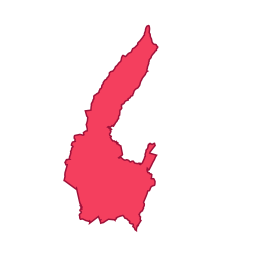 Soacha, Cundinamarca, Colombia (Natural Earth projection), rotated 202°
{"feature_id": "7082276B50901736205159", "entity_name": "Soacha", "entity_type": "district", "adm_level": 2, "iso_a3": "COL", "parent_name": "Colombia", "parent_adm1": "Cundinamarca", "projection": "natural_earth1", "projection_center": [-74.221, 4.507], "detail": "fine", "context": "isolated", "style": "filled", "palette": "rose", "viewbox_px": 256, "rotation_deg": 202, "n_neighbors": 0, "source": "geoboundaries", "source_scale": "gbopen_adm2", "svg_char_len": 5806}
<svg xmlns="http://www.w3.org/2000/svg" viewBox="0 0 256 256"><g transform="rotate(202 128 128)"><path d="M105.4,37.5L105.6,38.3L104.8,39.5L104.8,40.0L105.1,40.3L104.7,41.0L102.4,43.2L100.0,45.0L98.9,44.6L97.0,43.2L95.3,43.5L93.7,42.7L91.7,42.3L91.4,42.1L91.5,41.6L91.2,40.9L90.5,40.4L88.6,40.5L87.9,40.8L87.1,40.6L86.6,39.9L86.7,38.9L86.6,38.5L86.2,38.3L85.3,38.1L84.6,37.7L83.4,36.4L81.8,36.0L82.2,36.9L82.7,39.4L82.1,41.3L82.6,41.3L82.2,42.1L81.3,47.1L82.2,47.4L82.9,49.2L83.1,50.2L84.2,50.6L84.8,51.8L85.3,51.9L85.3,52.5L85.2,53.5L84.3,56.0L83.6,56.6L83.8,57.8L83.5,59.0L83.6,59.4L84.0,59.9L83.9,62.1L84.3,63.4L84.7,64.0L85.5,64.5L85.8,65.1L85.7,72.0L85.8,74.8L86.1,76.9L84.7,78.0L84.6,79.9L84.7,81.6L83.8,83.3L82.1,84.7L81.9,85.1L82.0,85.7L82.4,87.1L83.0,88.7L83.6,89.2L84.8,90.4L85.3,90.6L86.7,89.9L87.5,89.8L87.5,90.5L88.5,93.7L88.9,93.7L89.6,94.1L90.0,93.7L90.3,93.7L91.2,93.9L91.4,94.4L91.7,94.5L93.0,94.2L93.6,95.1L94.0,95.2L94.0,95.9L94.2,96.4L94.4,96.5L94.7,96.4L95.0,97.8L93.9,97.2L93.6,96.5L92.8,97.1L92.3,102.8L92.2,104.9L91.7,108.9L91.7,111.3L91.3,113.5L98.5,112.8L98.6,113.8L97.5,117.9L96.3,121.9L97.7,123.7L98.0,123.6L98.4,122.8L98.8,122.6L99.5,121.7L100.4,121.9L100.8,121.7L101.4,122.0L101.8,122.0L102.3,121.3L102.2,120.8L102.8,120.4L102.6,119.8L102.8,119.3L102.4,118.8L102.5,117.8L102.2,117.3L102.2,116.9L102.3,115.9L102.9,114.5L102.9,114.0L102.4,112.5L102.4,111.1L102.2,109.8L101.3,108.2L101.7,107.4L101.4,106.2L101.6,101.3L102.0,100.2L102.7,99.2L102.8,98.9L103.6,99.2L103.8,99.4L103.6,99.5L103.5,99.8L103.8,99.8L104.3,99.5L104.2,99.0L104.9,99.3L105.4,98.8L106.0,98.5L108.4,98.0L109.1,98.2L110.6,99.2L111.1,99.1L111.9,98.7L112.8,97.6L113.1,97.4L113.8,97.5L115.3,98.2L116.4,98.2L117.3,98.1L118.4,97.2L119.4,96.9L121.1,97.2L122.9,97.9L123.5,98.0L124.1,97.7L125.1,96.8L125.5,96.9L123.5,100.2L123.2,101.0L123.2,101.4L128.0,108.7L128.8,108.6L129.6,109.0L130.6,109.0L131.4,109.6L132.0,110.3L132.0,110.5L133.0,110.5L133.6,110.9L133.6,110.7L133.1,110.5L132.9,109.8L134.1,110.7L134.9,110.4L135.6,110.8L136.1,110.8L137.3,110.3L139.1,111.3L140.8,112.6L140.8,112.8L140.3,113.5L140.4,114.0L142.1,114.3L142.9,115.5L142.8,116.3L142.5,116.6L142.6,118.2L142.7,118.6L143.6,119.3L142.8,120.6L144.1,121.0L144.3,120.9L144.6,120.5L145.4,120.6L146.0,121.2L147.2,121.2L147.0,121.6L146.4,122.1L144.9,122.1L144.1,123.2L144.0,123.8L143.7,124.3L142.5,124.0L142.2,124.1L142.1,124.3L142.1,125.0L142.3,125.5L141.8,125.8L141.8,126.8L141.6,127.0L141.6,128.0L140.7,130.8L140.9,132.0L140.2,133.1L140.8,134.4L141.0,135.3L141.0,136.2L140.6,136.9L141.0,137.9L141.3,139.1L142.0,140.8L142.1,141.7L141.5,142.5L141.4,143.8L141.2,144.1L141.8,145.0L142.2,145.4L142.3,145.9L142.2,146.3L142.7,147.0L142.1,148.1L141.5,148.4L140.9,149.5L140.7,151.5L140.3,152.2L139.0,153.4L138.7,154.1L138.4,154.1L138.8,155.3L137.5,156.7L137.3,157.6L137.4,158.4L135.9,159.8L135.9,160.2L136.1,161.1L136.0,162.1L136.2,164.4L136.1,165.2L135.6,166.8L133.9,168.9L133.2,171.8L133.7,175.9L133.4,177.8L133.4,179.2L133.1,180.6L132.0,184.1L132.1,185.2L131.8,187.2L131.2,188.0L131.6,188.0L132.0,188.3L132.4,189.4L132.5,190.9L132.9,191.9L132.9,194.2L133.0,195.7L133.5,196.6L133.4,197.7L133.9,199.2L133.0,201.8L133.2,203.2L132.9,204.9L131.7,208.3L131.6,209.3L131.5,209.7L130.7,210.5L131.0,211.1L131.2,212.2L131.2,212.5L130.6,213.6L131.1,214.6L132.2,214.8L133.0,215.7L133.6,215.8L135.4,215.4L136.2,215.6L137.9,216.7L139.6,219.3L140.4,220.0L141.5,221.1L142.7,223.3L144.1,224.4L145.1,227.9L146.0,229.6L146.8,230.6L147.5,230.6L148.6,229.4L148.8,227.9L148.7,226.2L148.5,225.4L148.2,224.5L148.2,222.0L147.6,220.1L148.0,219.5L148.3,217.5L149.7,212.7L150.3,211.7L150.7,210.5L150.7,210.1L150.2,209.1L151.9,205.1L153.4,203.2L153.4,199.9L153.9,199.0L155.5,197.3L156.9,193.6L157.3,193.2L159.6,193.5L160.1,193.2L160.3,191.0L159.7,188.0L159.8,186.9L160.8,185.0L161.6,181.9L162.5,180.3L162.6,179.3L162.5,178.0L162.9,176.5L163.3,175.4L163.4,174.9L164.2,174.5L165.1,173.8L165.9,172.2L165.9,171.9L165.3,170.8L165.3,169.0L165.6,167.8L166.1,166.9L166.2,165.2L167.4,163.7L168.0,160.9L167.9,160.4L167.5,159.9L168.0,158.4L168.1,157.2L167.6,155.9L167.9,154.3L168.6,153.7L168.5,153.3L168.6,151.5L168.3,150.3L168.6,150.1L168.6,149.6L169.0,149.0L169.0,148.6L169.4,148.5L169.9,147.9L170.6,146.4L171.3,145.8L171.6,144.8L171.3,143.9L170.8,143.0L170.8,142.3L170.6,142.1L170.9,141.2L170.6,138.8L170.9,138.5L170.8,137.9L171.0,137.4L171.0,136.8L170.7,135.8L170.4,135.6L170.3,134.6L169.1,130.6L174.0,127.9L170.7,123.6L170.0,123.3L169.3,122.8L168.2,119.1L168.2,118.0L168.0,117.2L168.0,115.6L165.5,112.1L164.8,110.1L166.2,109.2L167.6,107.0L166.4,105.2L167.0,104.5L170.1,104.1L171.9,102.9L172.5,102.4L173.0,102.2L174.6,101.0L174.7,100.6L174.5,99.4L173.8,98.1L172.8,97.8L172.4,96.1L172.0,95.8L174.2,94.1L174.3,92.1L174.1,91.0L173.9,90.7L173.1,90.7L172.9,90.5L172.2,90.4L172.0,90.0L172.6,88.5L172.5,87.5L172.2,86.6L172.2,85.6L172.5,85.0L172.4,84.7L171.8,83.8L171.6,83.1L171.7,82.6L171.4,81.8L171.4,79.2L171.2,79.0L171.0,77.8L170.8,77.4L170.3,77.2L171.8,76.5L172.6,75.9L172.6,75.7L173.2,75.6L173.5,72.6L173.0,72.6L172.9,71.8L171.7,70.6L170.6,71.2L170.1,67.9L170.1,67.5L169.6,63.0L169.4,62.4L169.2,61.5L168.7,60.3L168.2,59.4L167.6,55.5L167.4,55.6L167.2,55.4L153.4,51.9L153.2,52.9L145.1,41.2L144.1,39.9L143.9,40.0L143.5,39.6L143.3,39.2L143.3,38.1L143.1,38.1L142.4,38.6L142.2,37.4L141.5,37.6L141.0,37.5L141.0,37.1L141.7,36.6L141.4,36.1L140.6,35.8L140.4,35.6L140.7,35.3L141.5,35.4L141.8,33.8L141.5,33.3L140.5,33.2L139.8,32.6L139.7,32.1L139.8,31.5L140.6,29.8L140.4,28.8L139.9,28.4L139.0,26.5L138.0,25.6L137.7,25.6L137.0,26.2L135.9,26.7L132.3,26.4L130.7,26.7L129.6,26.7L129.1,27.0L128.8,27.5L128.1,26.7L127.9,25.4L122.3,34.8L119.5,31.9L119.0,32.3L119.1,31.6L118.9,31.3L117.6,29.5L116.9,30.1L115.4,31.1L114.0,33.2L111.9,36.1L106.3,37.8L105.4,37.5Z" fill="#f43f5e" stroke="#9f1239" stroke-width="1.5"/></g></svg>